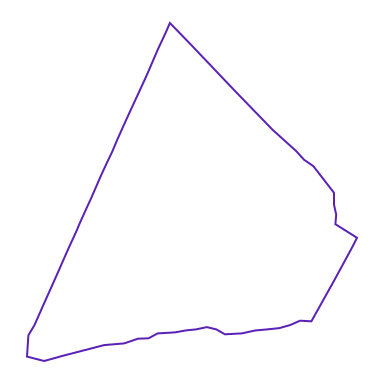 the district of Monteirópolis, Alagoas, Brazil
{"feature_id": "56859067B73934188200413", "entity_name": "Monteirópolis", "entity_type": "district", "adm_level": 2, "iso_a3": "BRA", "parent_name": "Brazil", "parent_adm1": "Alagoas", "projection": "robinson", "projection_center": [-37.302, -9.591], "detail": "fine", "context": "isolated", "style": "outline", "palette": "violet", "viewbox_px": 384, "rotation_deg": 0, "n_neighbors": 0, "source": "geoboundaries", "source_scale": "gbopen_adm2", "svg_char_len": 823}
<svg xmlns="http://www.w3.org/2000/svg" viewBox="0 0 384 384"><path d="M296.2,151.1L272.6,129.8L235.0,91.0L190.3,44.0L169.9,23.0L165.6,32.9L157.9,49.3L152.3,62.3L147.3,74.0L139.5,91.0L129.4,112.8L123.9,124.9L117.4,139.4L112.3,151.5L105.4,166.0L101.1,175.3L97.5,183.6L91.3,197.9L85.8,209.8L79.9,222.9L76.5,231.0L68.4,248.6L62.4,262.2L58.6,270.9L49.6,291.1L42.8,306.2L39.0,314.9L34.3,325.4L28.4,335.3L27.0,356.6L44.1,361.0L65.4,355.1L104.1,345.1L124.2,343.4L138.0,338.7L148.6,338.3L157.6,333.4L174.9,332.4L186.0,330.4L196.0,329.4L206.9,327.1L216.4,329.4L224.9,334.3L241.8,333.4L255.1,330.5L267.1,329.4L279.4,328.1L290.0,325.1L300.0,320.7L311.4,321.3L334.5,279.9L351.8,248.0L357.0,237.8L335.4,224.2L336.2,214.6L334.0,204.7L334.0,192.8L313.4,166.2L304.1,159.8L296.2,151.1Z" fill="none" stroke="#5b21b6" stroke-width="2"/></svg>